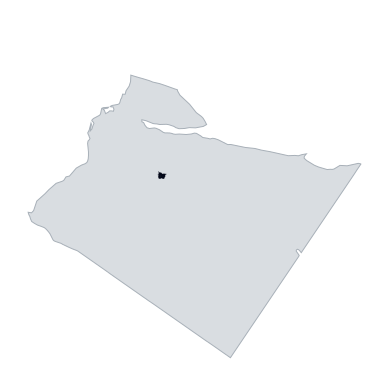 Markz Al Minya, Al Minya, Egypt (highlighted), rotated 304°
{"feature_id": "37247803B71676379887746", "entity_name": "Markz Al Minya", "entity_type": "district", "adm_level": 2, "iso_a3": "EGY", "parent_name": "Egypt", "parent_adm1": "Al Minya", "projection": "equal_earth", "projection_center": [30.728, 28.101], "detail": "fine", "context": "in_parent", "style": "filled", "palette": "ink", "viewbox_px": 384, "rotation_deg": 304, "n_neighbors": 0, "source": "geoboundaries", "source_scale": "gbopen_adm2", "svg_char_len": 5160}
<svg xmlns="http://www.w3.org/2000/svg" viewBox="0 0 384 384"><g transform="rotate(304 192 192)"><path d="M309.6,316.4L303.1,316.4L296.7,316.5L290.3,316.5L283.8,316.5L277.4,316.5L270.9,316.5L264.5,316.5L258.0,316.5L251.6,316.5L245.2,316.5L238.7,316.5L232.3,316.5L225.8,316.5L219.4,316.5L213.0,316.5L206.5,316.5L202.8,316.5L203.5,314.1L203.8,312.5L203.4,311.3L202.2,311.0L201.3,311.4L199.4,316.3L198.4,316.5L196.1,316.5L188.6,316.5L181.1,316.5L173.6,316.5L166.1,316.5L158.6,316.5L151.1,316.5L143.6,316.5L136.1,316.5L128.6,316.5L121.1,316.5L113.6,316.5L106.1,316.5L98.6,316.5L91.1,316.5L83.6,316.5L76.1,316.5L76.2,310.6L76.3,304.7L76.4,298.8L76.5,292.9L76.5,287.0L76.6,281.1L76.7,275.2L76.8,269.3L76.9,263.5L77.0,257.6L77.1,251.7L77.2,245.9L77.3,240.0L77.4,234.2L77.5,228.4L77.6,222.5L77.6,216.7L77.7,210.9L77.8,205.1L77.9,199.3L78.0,193.5L78.1,187.7L78.2,181.9L78.3,176.1L78.4,170.3L78.6,164.6L78.7,158.8L78.8,153.1L78.9,147.3L79.0,141.6L79.1,135.8L79.2,130.1L79.0,129.0L78.1,125.2L77.2,120.2L76.3,114.2L76.2,112.2L74.5,106.0L74.4,104.2L74.9,103.0L77.9,97.7L78.8,95.2L79.6,92.1L79.9,89.6L79.1,85.9L78.2,82.5L77.9,79.0L77.9,75.6L79.4,73.2L81.2,71.0L81.8,69.7L82.9,68.2L83.6,67.5L85.0,70.6L88.0,71.1L97.7,68.4L108.3,71.1L114.1,72.1L123.2,74.5L128.6,78.6L130.2,79.2L134.1,79.1L136.7,81.5L147.1,82.7L152.6,85.4L155.7,87.6L157.6,88.3L159.2,88.2L161.5,87.4L164.3,85.8L167.4,83.7L173.9,78.3L176.1,77.3L177.6,77.6L179.4,77.5L180.2,76.0L181.1,75.0L181.7,73.8L182.7,72.5L186.0,72.1L192.7,69.7L191.9,70.8L185.8,73.5L188.4,73.8L191.1,72.9L194.1,72.3L194.7,71.2L195.1,69.1L195.7,68.8L197.8,69.2L204.0,72.5L205.6,72.5L210.0,70.7L210.9,70.4L212.3,71.3L215.6,75.4L214.5,75.3L211.0,71.8L210.7,73.6L208.7,76.6L211.2,77.9L213.2,78.4L214.3,80.1L215.0,81.7L217.0,81.0L218.4,78.9L217.6,77.8L217.1,76.6L217.8,76.6L219.2,77.5L223.1,81.5L224.5,82.3L226.0,82.1L229.2,81.0L230.1,81.2L234.4,79.8L234.9,80.8L235.7,81.9L239.1,80.7L244.6,80.7L249.0,79.4L254.2,76.3L254.6,75.9L254.9,76.6L255.5,78.7L257.2,84.1L258.6,88.3L260.4,94.2L260.9,96.4L261.2,98.0L263.7,104.4L265.2,109.8L266.3,114.1L267.9,120.4L268.6,122.6L267.6,123.7L265.5,127.9L263.4,140.9L260.2,151.2L259.9,157.6L259.4,159.9L257.9,163.2L256.1,166.4L252.7,164.7L247.2,159.1L243.9,153.8L240.5,150.3L237.2,145.8L236.3,142.5L236.3,140.4L234.9,135.3L233.8,132.9L229.9,127.5L228.7,124.6L227.9,123.3L227.0,121.5L225.5,114.4L223.9,110.0L222.2,111.2L222.5,113.1L221.0,115.7L220.1,118.7L220.8,121.2L224.0,124.9L224.7,126.5L225.4,130.1L225.4,134.9L225.9,136.6L228.3,140.2L229.2,142.3L229.7,144.2L230.5,145.9L232.9,149.0L236.4,155.0L239.7,159.0L242.1,161.0L243.1,162.9L243.4,168.0L243.2,170.4L245.3,175.0L246.1,177.3L248.1,179.1L249.1,181.3L250.0,184.8L251.3,195.1L253.1,197.6L258.7,211.2L263.3,219.9L265.6,226.3L269.1,234.2L275.9,251.5L279.9,256.9L281.5,259.9L284.4,262.2L287.6,265.5L284.6,265.2L283.9,265.4L282.8,266.0L282.4,268.0L282.2,269.7L282.6,278.5L283.5,283.0L286.2,291.5L288.2,294.0L289.2,295.7L290.5,296.9L296.8,299.8L300.5,306.0L308.7,313.8L309.6,315.9L309.6,316.4Z" fill="#d9dde1" stroke="#a8b0b8" stroke-width="1"/><path d="M189.4,157.1L189.3,156.9L189.3,156.7L189.2,156.5L189.2,156.4L189.2,156.2L189.1,155.9L189.2,155.7L189.3,155.6L189.4,155.4L189.5,155.3L189.5,155.2L189.4,155.0L189.2,155.1L189.2,155.3L189.1,155.2L189.2,154.8L189.0,155.0L188.9,155.0L188.8,154.8L188.7,154.8L188.5,155.0L188.5,155.3L188.4,155.2L188.4,155.3L188.4,155.6L188.3,155.8L188.2,155.7L187.9,155.6L187.6,155.6L187.4,155.7L187.2,155.7L187.0,155.8L186.9,155.8L186.7,155.7L186.6,156.1L186.4,156.2L186.2,156.4L185.9,156.4L185.8,156.6L185.5,156.8L185.5,157.1L185.4,157.2L185.5,157.4L185.7,157.6L185.8,157.8L186.2,158.0L186.3,158.1L186.5,158.1L187.0,158.0L187.3,158.2L187.4,158.3L187.2,158.3L187.0,158.5L187.1,158.8L187.3,158.8L187.3,159.0L187.5,159.1L187.5,159.4L187.5,159.5L187.4,159.5L187.4,159.4L187.3,159.6L187.4,159.8L187.3,160.0L187.4,160.3L187.5,160.4L187.8,160.4L187.7,160.5L187.8,160.7L188.0,160.7L188.3,160.5L188.3,160.4L188.4,160.5L188.5,160.5L189.0,160.3L189.0,160.2L189.3,160.1L189.5,160.1L189.5,159.9L189.7,160.0L189.8,160.2L190.0,160.0L190.1,159.9L190.3,159.9L190.5,159.9L190.6,159.7L190.4,159.7L190.5,159.5L190.8,159.5L191.0,159.5L191.0,159.4L190.9,159.2L190.7,159.1L190.5,158.9L190.4,158.8L190.3,158.7L190.2,158.5L190.0,158.4L189.9,158.3L190.0,158.7L189.9,158.7L189.7,158.7L189.5,158.4L189.4,158.4L189.4,158.5L189.4,158.4L189.2,158.5L189.0,158.4L189.1,158.2L188.8,157.8L188.8,157.7L188.7,157.5L188.7,157.4L188.7,157.5L188.8,157.4L188.8,157.2L189.0,157.2L189.4,157.1ZM191.2,159.4L191.1,159.2L190.9,159.1L190.8,158.9L190.8,158.7L190.7,158.6L190.5,158.4L190.4,158.4L190.2,158.2L190.0,157.9L189.9,157.8L189.8,157.6L189.8,157.4L189.7,157.3L189.8,156.7L189.9,156.4L189.8,156.2L189.8,155.9L189.8,155.7L189.9,155.4L189.8,155.1L189.7,155.0L189.8,155.2L189.7,155.2L189.6,155.4L189.5,155.5L189.4,155.7L189.3,155.8L189.2,155.9L189.2,156.0L189.3,156.1L189.3,156.4L189.3,156.5L189.4,156.8L189.5,157.0L189.6,157.3L189.6,157.5L189.7,157.8L189.8,157.8L189.8,158.0L190.0,158.2L190.0,158.3L190.3,158.4L190.3,158.5L190.5,158.6L190.7,158.8L190.8,158.9L190.8,159.0L191.0,159.2L191.0,159.3L191.2,159.4Z" fill="#0f172a" stroke="#020617" stroke-width="1.5"/></g></svg>